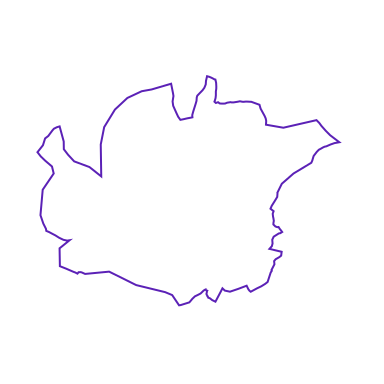 the district of Ikeduru, Imo, Nigeria, rotated 351°
{"feature_id": "59680162B47841916602322", "entity_name": "Ikeduru", "entity_type": "district", "adm_level": 2, "iso_a3": "NGA", "parent_name": "Nigeria", "parent_adm1": "Imo", "projection": "orthographic", "projection_center": [7.171, 5.555], "detail": "fine", "context": "isolated", "style": "outline", "palette": "violet", "viewbox_px": 384, "rotation_deg": 351, "n_neighbors": 0, "source": "geoboundaries", "source_scale": "gbopen_adm2", "svg_char_len": 2717}
<svg xmlns="http://www.w3.org/2000/svg" viewBox="0 0 384 384"><g transform="rotate(351 192 192)"><path d="M272.3,116.4L264.7,112.2L263.2,111.9L259.9,111.2L258.9,111.1L257.0,111.0L255.7,110.7L254.4,110.2L253.5,109.9L251.3,110.0L247.2,110.0L245.1,109.7L244.2,109.3L242.7,109.3L240.7,109.3L238.5,109.8L236.8,109.6L234.0,109.1L233.1,108.8L232.2,107.8L231.8,107.4L229.5,107.8L228.3,106.3L229.2,104.6L230.0,102.8L230.7,100.2L231.3,96.4L232.1,93.9L232.5,91.7L232.9,88.0L232.7,84.6L231.7,84.2L230.6,83.3L229.1,82.2L227.2,81.0L225.0,80.0L223.2,84.4L222.4,87.9L220.5,91.0L218.4,93.1L214.4,96.1L212.3,97.7L211.5,99.3L210.7,102.7L209.3,105.7L206.0,112.3L204.3,116.0L204.2,117.0L204.1,118.3L202.3,118.4L198.8,118.5L194.7,118.8L191.8,118.9L190.1,115.5L189.0,111.7L186.9,103.9L187.0,99.5L188.7,94.3L188.7,91.6L188.3,81.8L168.2,84.4L158.1,84.6L142.9,89.0L128.8,98.5L115.4,114.2L109.3,130.8L104.8,162.4L94.6,151.3L80.4,143.3L75.4,135.8L72.1,129.7L73.2,122.0L71.5,106.5L68.6,106.9L65.5,107.9L63.7,109.4L58.8,114.2L55.3,116.1L52.1,122.5L45.6,128.5L48.2,133.2L51.9,138.1L57.7,144.9L58.3,152.1L44.9,166.4L38.7,191.2L40.2,199.9L42.0,205.5L42.0,207.6L44.7,209.3L47.2,211.2L50.3,213.5L53.6,216.4L57.5,219.1L61.1,220.5L63.5,220.5L52.4,226.9L49.9,244.6L55.8,248.1L62.1,252.1L64.2,253.3L66.1,254.7L67.4,253.5L69.3,253.7L70.4,254.1L73.6,256.2L97.7,257.7L122.3,275.2L149.8,286.7L156.3,290.7L161.5,301.9L163.2,301.9L172.1,300.6L174.0,299.0L175.7,297.5L178.6,295.5L181.6,294.6L184.6,293.6L187.2,291.8L187.7,291.4L188.3,291.1L189.1,290.7L190.2,290.4L190.2,290.8L190.5,291.1L191.6,291.9L191.1,292.5L191.0,293.2L190.7,294.1L190.3,294.9L190.5,295.9L191.0,296.9L190.9,297.5L191.5,298.3L191.5,298.9L193.1,299.8L195.0,301.9L198.0,304.0L204.9,294.8L207.0,291.9L209.0,294.5L213.9,296.4L222.6,294.9L231.3,293.1L232.5,297.0L233.4,298.6L234.4,299.7L241.2,297.3L245.6,296.0L249.9,294.2L252.6,292.7L257.1,283.9L258.5,282.3L258.3,281.5L262.1,276.3L262.3,273.1L264.1,271.5L268.0,270.0L270.1,268.8L271.2,265.1L259.6,260.3L262.4,258.0L263.5,255.5L263.8,251.7L265.7,248.9L271.3,246.5L272.7,246.5L274.8,245.6L273.8,243.7L273.5,243.2L272.9,242.2L272.0,240.1L270.8,240.1L269.0,239.1L267.3,236.8L267.6,235.3L268.3,233.3L268.3,230.5L268.2,229.1L268.3,226.1L269.6,223.7L266.9,220.8L268.6,218.1L272.2,214.0L275.4,210.2L276.2,206.9L276.2,206.1L282.0,197.9L295.2,189.6L314.4,181.8L315.7,179.8L317.3,176.4L317.9,175.3L319.1,174.2L321.5,171.9L323.9,170.1L325.7,169.5L328.3,168.5L330.0,168.0L331.9,167.9L333.0,167.6L334.9,167.1L336.5,166.7L338.2,166.4L340.3,166.0L345.3,165.9L337.3,157.5L333.7,152.5L330.2,147.0L328.5,143.7L326.2,140.5L292.3,142.8L275.6,137.1L276.4,133.4L276.3,130.9L275.6,128.2L272.8,120.4L272.3,116.4Z" fill="none" stroke="#5b21b6" stroke-width="2"/></g></svg>